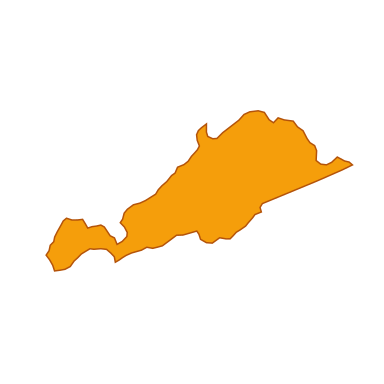 the district of Monte Horebe, Paraíba, Brazil, rotated 158°
{"feature_id": "56859067B9336888830102", "entity_name": "Monte Horebe", "entity_type": "district", "adm_level": 2, "iso_a3": "BRA", "parent_name": "Brazil", "parent_adm1": "Paraíba", "projection": "orthographic", "projection_center": [-38.512, -7.21], "detail": "fine", "context": "isolated", "style": "filled", "palette": "amber", "viewbox_px": 384, "rotation_deg": 158, "n_neighbors": 0, "source": "geoboundaries", "source_scale": "gbopen_adm2", "svg_char_len": 1744}
<svg xmlns="http://www.w3.org/2000/svg" viewBox="0 0 384 384"><g transform="rotate(158 192 192)"><path d="M66.1,207.2L69.8,212.9L71.6,219.8L79.5,224.3L84.4,228.5L90.5,225.7L93.4,230.0L95.1,238.7L100.2,242.5L108.4,244.7L114.7,244.4L121.7,241.0L141.3,235.5L148.8,232.3L152.8,233.6L156.6,237.6L156.2,242.1L153.1,249.7L159.3,248.0L163.0,246.6L166.3,243.4L167.8,238.0L167.9,231.9L171.2,229.1L175.0,227.2L179.1,225.3L184.1,221.9L189.2,220.4L196.1,220.4L200.6,215.9L204.8,214.9L211.5,211.1L217.4,209.1L222.3,206.8L226.5,203.6L231.6,202.7L238.3,201.5L244.4,201.2L251.1,202.1L258.4,200.2L262.8,197.8L266.5,192.8L270.0,190.4L267.8,184.9L267.2,178.7L269.1,175.1L275.2,172.3L281.1,171.5L281.1,178.5L284.3,182.1L285.3,187.0L286.4,192.4L288.9,195.5L293.4,196.2L297.6,197.3L302.2,197.6L302.8,202.3L303.7,207.6L308.5,208.9L313.8,211.0L318.2,214.7L322.2,213.4L325.8,210.4L331.8,205.6L336.2,201.7L338.8,197.7L343.4,195.7L346.5,191.1L350.9,188.1L349.4,182.4L348.6,176.2L349.0,170.3L343.6,168.9L338.7,167.9L332.8,168.5L327.1,172.2L322.7,173.8L317.8,176.0L313.0,176.8L307.9,177.6L304.5,175.7L297.8,173.6L292.7,170.8L290.2,165.9L288.3,161.1L289.4,155.6L285.1,156.2L280.9,157.2L276.7,157.9L270.8,158.1L260.7,157.0L254.6,157.7L249.5,154.5L244.8,153.8L239.6,153.2L235.4,154.3L229.6,155.8L222.5,157.7L216.5,155.5L209.1,154.7L202.2,154.0L201.4,150.2L201.8,144.9L197.6,139.6L192.3,137.0L183.5,139.2L178.0,135.8L174.2,134.3L170.3,136.0L166.0,138.1L161.7,138.8L155.1,140.3L151.4,142.4L145.4,145.4L142.1,147.5L135.2,147.5L134.7,152.2L131.1,154.9L72.3,155.4L44.7,156.2L33.1,157.0L35.1,160.9L38.9,163.6L44.2,170.0L51.4,167.2L57.1,166.8L62.2,169.6L65.1,174.7L61.0,183.6L60.9,189.0L64.2,193.6L65.3,198.5L66.1,207.2Z" fill="#f59e0b" stroke="#b45309" stroke-width="1.5"/></g></svg>